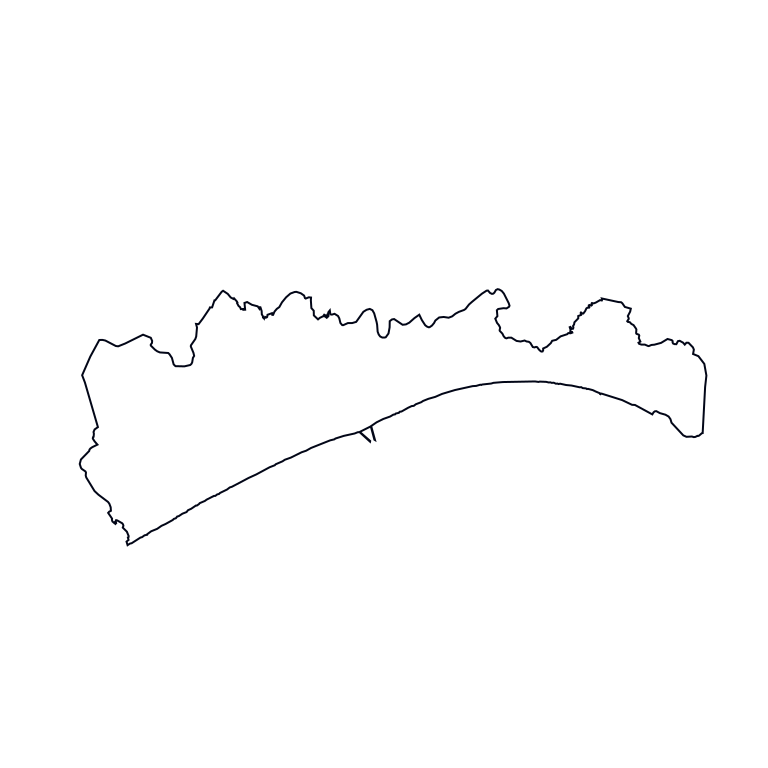 Coatzacoalcos, Veracruz, Mexico, rotated 165°
{"feature_id": "50627088B21782109949998", "entity_name": "Coatzacoalcos", "entity_type": "district", "adm_level": 2, "iso_a3": "MEX", "parent_name": "Mexico", "parent_adm1": "Veracruz", "projection": "robinson", "projection_center": [-94.427, 18.137], "detail": "fine", "context": "isolated", "style": "outline", "palette": "ink", "viewbox_px": 768, "rotation_deg": 165, "n_neighbors": 0, "source": "geoboundaries", "source_scale": "gbopen_adm2", "svg_char_len": 6139}
<svg xmlns="http://www.w3.org/2000/svg" viewBox="0 0 768 768"><g transform="rotate(165 384 384)"><path d="M132.7,285.2L130.9,286.9L129.5,287.5L128.0,287.3L125.1,284.5L120.1,281.5L117.5,278.9L116.4,275.9L116.3,272.2L108.2,256.9L105.5,254.7L100.2,253.6L98.5,252.5L96.9,252.3L94.7,252.8L94.3,252.5L93.0,252.6L89.7,254.2L88.9,254.1L74.6,298.0L70.4,308.7L69.4,320.5L73.1,329.5L77.7,333.0L75.8,337.0L76.1,339.4L79.2,345.0L81.2,345.6L83.3,344.2L84.4,346.5L87.2,349.2L89.0,349.3L91.3,346.8L93.0,347.3L94.2,348.2L94.5,349.3L94.1,350.8L94.7,351.9L98.5,354.1L105.7,352.0L112.7,352.0L115.6,352.5L118.3,352.1L119.0,352.3L121.8,354.5L125.1,355.4L127.2,356.8L127.5,358.0L125.4,358.6L126.0,362.4L124.9,364.7L125.1,365.7L127.1,367.1L127.3,367.9L126.1,371.4L126.3,372.4L127.7,376.3L129.5,378.0L130.6,380.1L132.4,380.9L132.8,381.7L130.8,383.5L130.6,384.3L130.9,386.5L127.5,390.2L126.1,392.9L131.4,396.1L132.9,400.3L133.8,401.6L136.4,402.5L151.4,410.2L151.3,409.1L152.0,408.3L153.6,409.1L158.5,407.8L160.7,407.6L162.2,408.4L162.6,408.1L162.7,406.5L163.4,406.1L164.9,407.1L165.8,407.0L166.1,406.3L165.7,405.1L166.0,404.7L167.9,405.0L169.0,404.6L170.8,402.4L173.2,400.5L173.9,400.5L175.2,402.1L175.6,401.8L175.8,399.7L178.8,399.4L179.4,397.1L184.1,394.3L185.0,392.3L186.4,391.1L186.4,389.7L187.0,388.5L188.3,388.6L189.2,390.9L189.9,390.8L189.8,388.1L190.6,386.2L188.9,385.6L188.8,384.9L190.6,384.7L192.8,385.5L194.1,384.7L201.1,384.3L206.2,382.1L210.4,382.2L212.3,380.3L217.1,377.8L221.1,377.1L221.5,375.4L222.4,374.4L223.3,374.5L224.1,375.0L225.4,377.1L226.5,379.9L227.5,380.5L229.2,380.4L230.7,381.2L232.0,385.8L233.2,387.3L235.3,388.2L236.9,389.6L241.1,389.7L244.8,391.3L249.0,395.8L251.9,396.6L253.8,396.4L254.9,397.0L256.0,399.0L256.6,402.0L258.4,405.3L258.4,406.1L257.3,408.1L257.3,408.8L257.8,411.1L259.0,413.8L259.6,418.3L256.9,420.2L255.9,426.0L254.3,426.9L248.9,426.3L246.1,425.3L243.3,426.2L242.5,427.1L242.6,429.8L244.8,440.3L246.2,443.4L248.2,445.4L249.7,446.2L251.6,445.8L253.7,443.7L255.0,443.0L256.4,443.1L258.0,444.5L259.4,447.4L260.8,447.6L266.0,445.9L277.9,440.5L281.3,438.8L285.8,435.4L287.5,434.8L293.0,434.3L296.8,433.4L300.6,431.7L304.4,431.3L309.0,433.3L313.5,434.0L318.0,432.0L319.9,429.9L322.6,428.0L325.2,427.1L326.1,427.2L327.6,428.3L329.0,430.1L330.9,436.0L332.0,441.8L337.5,439.8L343.7,436.7L347.4,435.9L350.7,436.4L357.4,444.1L359.6,444.3L362.2,443.2L363.9,437.3L366.6,431.6L370.2,428.7L371.3,428.7L373.6,429.3L375.4,430.9L376.3,433.2L376.6,436.2L375.3,443.0L375.1,445.9L375.2,454.8L376.1,458.3L378.3,460.2L381.6,460.2L385.2,459.1L394.8,451.2L399.1,451.1L403.1,452.2L408.1,451.4L409.1,451.7L410.3,454.2L410.2,459.0L410.8,461.6L413.6,464.6L416.4,464.5L417.8,465.2L417.3,469.1L419.2,467.7L419.8,466.3L420.4,466.0L420.0,464.7L420.1,464.0L421.5,463.1L422.2,462.8L422.7,463.5L421.8,465.0L422.5,465.3L423.3,464.4L424.1,464.8L423.1,465.7L423.8,466.4L425.2,465.2L428.9,464.5L431.0,463.5L434.0,468.4L432.9,473.0L434.5,476.1L433.0,483.7L432.1,486.4L434.2,487.2L437.5,486.8L438.1,487.4L438.3,490.1L440.9,493.2L444.8,495.7L446.6,496.0L451.0,495.6L456.1,493.1L461.4,489.3L465.2,485.4L468.1,484.3L471.0,482.3L473.2,479.5L474.0,479.7L473.9,481.4L478.6,481.0L479.5,479.0L480.1,478.7L481.2,479.4L481.4,478.7L482.2,478.8L482.9,479.6L483.1,478.6L483.7,479.6L483.4,480.7L484.0,482.9L483.3,486.1L483.5,490.1L483.9,490.3L484.9,488.9L485.9,491.7L491.1,494.7L495.0,498.6L497.8,498.4L498.9,491.7L500.7,492.1L500.6,492.9L502.9,493.4L503.1,495.3L504.3,497.1L505.0,500.2L504.5,500.6L504.8,501.9L506.7,505.6L507.4,505.1L509.7,507.3L511.6,511.5L515.3,515.7L516.9,515.1L525.4,508.5L526.1,508.7L530.2,502.5L532.4,503.0L532.8,502.2L542.1,494.1L547.6,489.8L550.0,490.7L550.0,487.0L553.1,478.5L554.6,476.3L560.5,471.3L560.9,470.2L560.0,463.5L560.1,460.3L561.8,458.7L563.7,454.5L564.9,453.2L566.3,452.5L572.2,452.7L580.8,455.2L582.1,457.4L582.1,464.1L583.5,468.3L584.4,469.8L592.3,472.5L594.6,474.3L596.4,476.5L599.3,481.5L599.1,482.4L597.5,483.7L596.8,485.6L597.3,489.0L604.0,494.0L623.5,490.1L631.0,489.2L633.2,490.1L641.9,498.1L644.4,499.4L647.6,500.2L660.6,486.5L673.3,470.6L672.5,462.8L671.5,416.4L675.3,415.0L677.0,412.8L677.1,411.0L678.2,408.1L678.9,407.9L679.4,406.6L678.4,403.5L676.5,399.6L682.1,398.5L684.3,397.7L685.4,396.9L686.1,395.6L696.3,389.5L698.6,385.5L698.4,381.5L697.9,380.2L695.0,376.8L694.8,375.6L695.8,372.8L695.8,370.8L691.3,355.5L688.5,351.0L681.1,341.5L680.3,339.5L679.9,335.7L680.6,332.2L682.5,331.8L683.8,330.9L681.5,324.3L682.0,323.2L681.9,321.5L680.6,319.6L680.1,320.0L679.6,318.4L678.7,318.9L678.7,320.9L678.0,321.8L676.9,321.2L672.9,317.2L672.4,315.9L672.4,314.5L673.5,312.9L670.6,307.9L670.0,303.2L670.5,302.1L671.1,302.0L671.1,299.5L673.5,298.4L673.4,294.7L670.7,295.6L669.0,295.5L659.0,298.7L657.3,298.7L654.5,299.8L651.8,299.7L651.6,300.2L647.0,302.0L640.6,302.8L635.6,304.6L631.3,305.3L623.3,307.3L621.9,308.1L619.8,308.2L618.1,309.5L616.4,309.5L612.3,310.9L607.9,311.4L606.0,312.8L602.5,313.4L597.1,315.3L596.3,315.0L593.8,315.9L592.9,316.6L587.3,317.4L585.3,318.2L577.3,319.9L575.8,319.6L573.8,320.5L571.8,320.5L570.6,321.2L562.9,322.7L559.8,324.0L557.5,324.1L539.1,328.3L530.8,329.7L516.0,333.2L510.5,333.8L509.4,334.5L502.0,335.6L499.4,336.5L493.1,337.0L481.2,339.4L476.5,339.7L471.0,341.1L450.6,343.5L446.2,343.4L445.1,343.9L436.2,344.3L425.1,343.8L422.0,344.2L420.1,343.9L412.4,331.9L412.1,332.5L419.8,344.0L407.7,346.5L407.7,332.7L407.2,332.2L407.3,346.7L401.1,348.9L393.8,350.4L386.4,351.0L382.9,352.0L381.2,351.8L380.4,352.4L377.1,352.3L376.1,353.1L374.2,352.9L366.9,354.8L363.0,355.5L360.9,355.2L358.5,356.2L352.7,356.8L350.7,357.5L344.9,358.2L337.8,358.3L330.5,359.4L317.0,359.8L298.9,359.0L295.5,358.3L291.2,358.4L290.2,357.9L289.4,358.1L280.3,356.7L278.0,356.8L268.6,355.1L237.5,347.4L234.2,346.0L232.9,346.0L226.8,344.1L224.4,342.8L223.0,342.6L221.7,341.7L219.7,341.3L217.9,339.8L216.3,339.5L215.5,338.8L213.8,338.7L208.4,335.9L203.3,334.0L195.9,330.2L194.3,329.9L193.1,328.6L190.1,327.5L189.3,326.6L188.2,326.5L184.0,324.1L182.5,322.9L182.5,322.2L182.3,322.6L177.4,318.8L178.2,317.5L177.2,318.6L176.3,318.4L158.1,306.8L149.8,299.7L147.0,298.8L132.7,285.2Z" fill="none" stroke="#020617" stroke-width="2"/></g></svg>